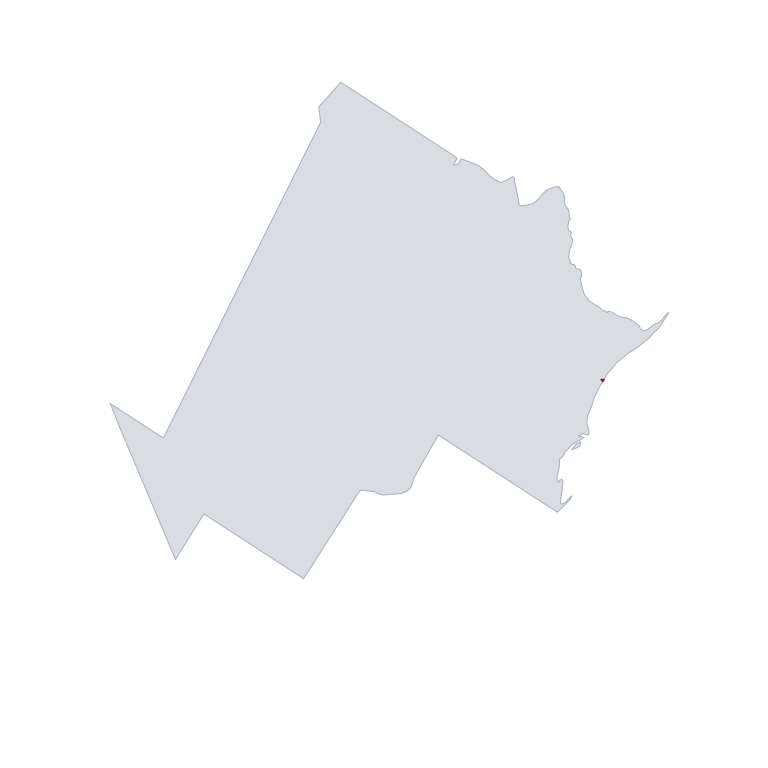 Sebkha, Nouakchott, Mauritania (highlighted), rotated 213°
{"feature_id": "47542326B41815213489591", "entity_name": "Sebkha", "entity_type": "district", "adm_level": 2, "iso_a3": "MRT", "parent_name": "Mauritania", "parent_adm1": "Nouakchott", "projection": "robinson", "projection_center": [-16.0, 18.075], "detail": "fine", "context": "in_parent", "style": "filled", "palette": "rose", "viewbox_px": 768, "rotation_deg": 213, "n_neighbors": 0, "source": "geoboundaries", "source_scale": "gbopen_adm2", "svg_char_len": 3606}
<svg xmlns="http://www.w3.org/2000/svg" viewBox="0 0 768 768"><g transform="rotate(213 384 384)"><path d="M338.7,642.1L337.9,641.8L334.0,638.8L332.2,635.2L329.1,632.5L324.9,630.8L322.1,628.7L320.8,626.4L319.3,624.9L317.6,624.1L317.5,623.3L317.8,622.1L317.4,620.0L314.9,615.3L312.6,613.2L310.7,613.5L309.5,612.9L308.9,611.9L308.6,610.4L307.2,609.1L304.9,608.5L303.0,605.0L301.6,598.7L299.7,593.7L297.4,590.1L295.8,588.8L294.6,588.5L294.2,588.0L293.9,587.0L292.1,586.6L289.7,587.7L287.5,587.3L286.4,585.6L284.8,585.4L282.9,586.8L280.8,586.4L278.4,584.1L277.1,581.9L276.9,579.6L272.9,575.2L265.1,568.4L256.6,565.3L247.4,565.7L242.3,565.4L241.1,564.3L240.0,564.4L238.9,565.7L237.7,565.9L236.4,565.2L235.6,565.8L235.3,567.5L232.0,568.4L225.9,568.4L220.9,569.4L217.2,571.5L211.8,572.4L204.9,572.1L200.7,571.4L199.3,570.1L197.3,569.8L194.7,570.5L192.4,573.8L190.4,579.8L188.7,583.2L187.4,584.1L186.0,588.5L185.2,596.0L184.0,599.3L184.0,580.7L185.9,573.7L186.6,567.6L190.8,554.1L195.9,543.0L200.5,528.3L202.3,514.1L201.7,500.1L200.3,487.7L198.0,479.5L195.7,467.7L192.4,461.4L186.2,456.0L184.8,452.8L186.3,451.6L190.0,450.8L192.4,446.5L187.3,448.1L193.2,435.1L195.0,426.2L194.7,420.4L195.8,416.8L191.4,408.9L187.9,399.1L186.1,397.6L184.3,396.7L184.1,399.0L183.1,401.1L181.0,399.9L177.2,392.7L171.9,381.1L170.0,379.9L168.4,381.5L167.5,383.0L165.6,392.7L165.1,388.9L165.9,384.3L167.2,378.7L168.7,371.0L173.3,371.0L181.6,370.9L198.1,370.9L206.3,370.9L222.8,370.9L231.1,370.9L247.6,370.8L255.8,370.8L272.3,370.8L280.6,370.8L297.1,370.8L305.3,370.8L310.8,370.8L310.4,365.2L310.2,360.9L309.8,355.0L309.4,349.1L309.1,343.2L308.7,337.7L308.4,332.2L308.0,327.1L307.8,322.4L307.3,319.7L305.5,314.4L305.1,311.7L305.6,308.9L306.7,306.3L309.9,301.5L314.8,297.8L320.3,293.5L324.6,290.2L326.8,289.4L333.5,288.3L338.7,285.8L343.8,283.4L345.9,282.0L346.2,277.5L345.4,176.9L370.7,176.9L377.3,176.9L423.8,176.9L430.5,176.9L464.3,176.9L464.2,172.2L464.1,165.4L463.9,156.0L463.7,146.7L463.5,130.2L463.3,123.2L470.1,127.8L483.6,137.0L490.4,141.6L503.9,150.8L517.5,160.0L531.1,169.2L537.9,173.8L544.7,178.4L551.5,183.0L558.3,187.6L572.0,196.8L577.7,200.7L586.5,206.9L594.7,212.7L602.9,218.5L590.4,218.5L573.7,218.5L562.3,218.5L550.6,218.5L539.6,218.5L540.7,228.0L541.9,238.3L543.1,248.7L544.2,259.0L545.4,269.4L549.0,300.4L550.1,310.7L551.3,321.1L552.5,331.4L553.7,341.8L556.1,362.4L557.3,372.8L558.5,383.1L559.7,393.5L560.8,403.8L562.0,414.1L564.4,434.8L565.6,445.2L566.7,455.5L567.9,465.8L569.1,476.2L570.3,486.5L571.4,496.9L572.6,507.2L575.0,527.9L576.2,538.2L577.3,548.6L578.5,558.9L579.7,568.9L584.0,574.2L589.6,580.8L588.1,590.2L586.4,601.3L584.5,613.5L569.4,613.5L554.6,613.5L517.5,613.5L510.1,613.5L473.1,613.5L465.7,613.5L451.4,613.5L447.1,613.3L445.6,612.3L445.0,606.0L443.7,606.4L442.2,608.3L441.5,610.3L441.8,612.9L441.6,615.1L436.8,616.0L430.4,617.5L423.6,618.6L416.8,618.2L414.4,617.7L411.9,616.9L406.5,616.0L403.5,615.9L400.1,616.1L396.1,616.6L394.9,617.7L391.9,622.4L389.0,627.9L387.1,627.9L384.9,624.9L379.0,619.3L371.8,611.8L368.5,608.2L366.8,607.7L363.4,610.3L360.5,612.9L357.5,616.5L356.1,619.9L355.0,624.0L354.6,628.8L353.5,634.4L351.0,638.9L348.1,642.3L345.9,643.9L345.1,644.8L338.7,642.1ZM189.9,438.4L187.6,442.5L186.6,440.9L186.2,438.3L188.2,434.5L189.2,432.5L191.0,431.8L189.9,438.4Z" fill="#d9dde1" stroke="#a8b0b8" stroke-width="1"/><path d="M204.1,506.1L203.9,506.0L203.9,505.9L203.6,505.9L203.4,505.9L203.1,505.7L202.7,505.4L202.4,505.3L201.8,505.3L201.8,507.3L202.5,507.1L203.0,507.0L203.7,506.5L203.9,506.3L204.0,506.3L204.0,506.2L204.1,506.1Z" fill="#f43f5e" stroke="#9f1239" stroke-width="1.5"/></g></svg>